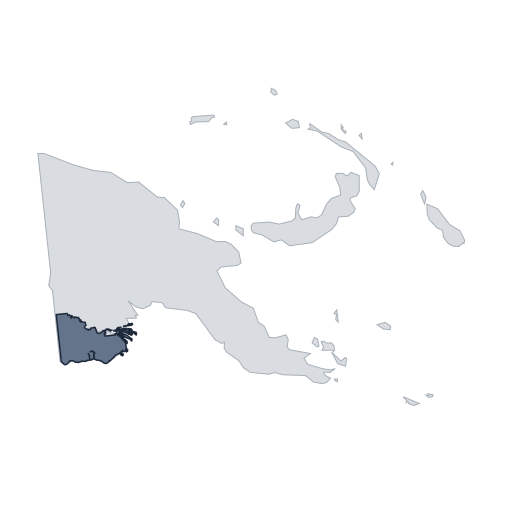 South Fly District, Western, Papua New Guinea (highlighted), rotated 354°
{"feature_id": "67681753B32450151371022", "entity_name": "South Fly District", "entity_type": "district", "adm_level": 2, "iso_a3": "PNG", "parent_name": "Papua New Guinea", "parent_adm1": "Western", "projection": "natural_earth1", "projection_center": [142.961, -8.494], "detail": "fine", "context": "in_parent", "style": "filled", "palette": "slate", "viewbox_px": 512, "rotation_deg": 354, "n_neighbors": 0, "source": "geoboundaries", "source_scale": "gbopen_adm2", "svg_char_len": 9678}
<svg xmlns="http://www.w3.org/2000/svg" viewBox="0 0 512 512"><g transform="rotate(354 256 256)"><path d="M50.1,340.4L50.0,269.2L46.8,263.9L50.0,251.2L49.8,131.2L55.7,131.8L84.2,146.4L103.4,154.0L120.2,157.6L135.7,169.6L147.1,170.2L164.0,187.1L170.9,188.2L182.8,202.3L183.5,213.7L182.2,220.9L200.5,227.8L217.9,237.5L227.4,238.5L232.7,241.9L239.2,250.2L240.4,261.4L236.6,263.4L220.2,263.3L215.6,266.9L222.1,284.4L236.9,300.4L248.0,307.7L251.3,322.2L256.9,326.7L260.5,338.2L266.3,339.4L277.6,337.6L279.3,342.4L277.6,349.6L279.3,352.6L299.9,358.7L293.0,362.5L296.1,369.1L309.6,374.8L317.9,377.0L323.0,376.3L317.1,379.6L311.8,378.6L310.8,379.6L313.0,382.4L317.3,385.4L312.8,389.2L308.3,389.8L299.9,387.3L292.7,380.1L270.1,376.9L262.3,373.8L256.2,374.9L237.9,371.0L231.9,365.9L228.0,358.3L217.2,349.0L214.7,344.5L215.7,338.5L212.8,339.4L206.5,335.0L190.1,306.9L181.6,302.9L160.7,298.0L157.7,292.6L147.9,290.5L145.7,294.1L137.7,296.6L131.0,293.9L124.2,287.1L132.2,302.6L129.4,302.5L130.7,305.0L129.2,305.3L120.4,304.4L123.1,310.8L108.7,314.4L98.0,313.2L92.9,314.7L90.8,314.6L88.0,309.8L84.1,310.7L87.4,310.8L91.5,316.3L100.5,315.5L109.2,319.7L116.5,328.9L116.2,335.3L96.3,347.1L84.8,342.0L67.9,343.4L62.0,341.4L54.4,343.7L50.1,340.4ZM350.8,182.8L354.9,186.0L359.1,182.7L367.0,186.8L365.5,202.3L362.9,206.5L356.1,208.1L355.3,210.4L359.6,219.5L357.8,222.7L351.9,226.1L342.2,225.7L339.6,232.0L334.2,237.5L313.2,248.6L290.5,249.4L283.0,242.6L275.2,243.9L264.6,235.9L255.8,232.6L254.1,229.5L254.3,225.5L256.7,223.1L272.4,223.6L282.4,226.7L295.5,224.8L299.2,222.4L300.6,212.5L302.7,208.4L305.0,210.2L302.2,217.9L305.3,224.8L314.6,222.8L320.6,224.4L325.2,222.3L331.8,211.6L337.0,206.7L346.6,204.2L346.5,196.3L343.1,185.5L344.5,182.3L350.8,182.8ZM465.2,262.2L464.0,265.7L463.3,264.6L458.5,267.8L453.0,266.8L448.1,263.3L444.4,257.0L444.3,250.0L439.0,246.9L432.1,237.9L430.7,232.0L431.3,222.3L441.4,227.9L451.7,244.8L461.5,252.3L465.2,262.2ZM387.2,187.2L380.5,202.6L376.3,196.3L374.7,191.9L374.3,180.1L363.6,162.4L352.5,156.6L330.0,138.2L321.1,135.3L323.3,134.5L323.3,130.0L334.4,139.6L341.3,141.9L350.5,149.3L356.8,151.8L384.0,179.2L387.2,187.2ZM207.6,110.8L228.9,111.4L229.3,113.5L226.5,113.7L222.9,117.4L210.1,116.4L204.5,118.3L204.2,115.6L206.2,114.9L205.9,112.1L207.6,110.8ZM314.3,347.7L318.2,350.3L321.5,350.0L324.0,353.0L324.3,358.0L323.0,359.2L322.0,357.6L311.7,356.6L313.7,353.8L311.8,348.1L314.3,347.7ZM312.5,132.9L305.0,132.8L299.3,126.8L306.7,123.9L312.3,126.7L312.5,132.9ZM329.4,369.4L334.3,366.2L335.4,367.3L333.5,375.0L326.1,371.7L321.1,359.4L329.4,369.4ZM369.3,336.9L377.5,335.5L381.4,338.8L382.6,340.0L381.8,343.3L374.9,341.9L369.3,336.9ZM387.7,411.3L403.0,419.8L397.3,421.2L392.5,418.9L391.9,416.8L390.0,417.5L391.0,416.1L387.7,411.3ZM245.4,234.5L238.7,228.1L239.0,223.8L246.2,227.6L245.4,234.5ZM309.2,352.4L307.2,352.7L302.7,348.2L305.5,343.2L308.5,345.1L309.2,352.4ZM429.1,221.9L426.2,211.5L428.7,208.4L431.3,215.0L429.1,221.9ZM221.9,221.9L217.2,217.8L220.7,214.1L222.7,216.1L221.9,221.9ZM293.9,97.2L291.3,98.0L287.8,94.6L288.8,90.8L292.8,93.3L293.9,97.2ZM190.8,196.4L188.0,200.1L186.1,197.3L189.2,193.2L190.8,196.4ZM330.8,317.9L330.9,330.3L328.7,327.8L329.8,322.7L327.6,321.2L330.8,317.9ZM118.3,321.1L122.9,326.2L111.8,318.0L118.3,321.1ZM122.3,319.9L116.2,317.8L115.0,316.2L122.2,317.0L122.3,319.9ZM417.5,412.5L417.0,414.3L413.0,414.6L410.4,412.1L413.0,412.7L412.5,410.9L417.5,412.5ZM373.6,145.1L373.8,150.8L371.0,146.8L373.6,145.1ZM358.7,142.0L357.5,143.6L354.6,139.6L355.2,138.8L358.7,142.0ZM324.3,386.9L323.9,389.4L321.2,388.1L321.5,386.5L324.3,386.9ZM356.2,137.6L354.1,138.3L354.4,134.4L356.2,137.6ZM240.3,119.5L240.6,122.4L237.6,121.7L240.3,119.5ZM402.0,177.2L401.6,179.8L400.0,178.9L402.0,177.2Z" fill="#d9dde1" stroke="#a8b0b8" stroke-width="1"/><path d="M97.4,315.6L97.7,314.9L97.6,315.0L98.3,314.6L96.2,314.4L93.9,316.1L91.0,316.6L90.1,316.0L89.5,314.8L89.1,312.3L88.6,311.2L88.7,310.7L88.1,310.1L84.9,310.5L83.8,311.1L83.2,312.0L81.6,312.0L81.1,311.9L81.0,311.7L80.7,311.2L79.0,310.5L78.0,309.2L78.6,307.9L79.7,307.1L79.1,304.0L77.1,303.9L76.1,303.1L75.0,303.2L75.2,301.5L74.8,301.2L74.2,302.2L73.9,302.2L73.4,299.2L72.9,298.6L72.1,298.9L71.4,298.3L69.4,297.8L69.4,298.4L69.1,298.6L68.5,297.7L66.3,297.3L65.9,298.0L66.7,298.4L65.6,298.3L65.3,297.6L66.5,297.0L66.7,296.2L66.3,296.1L66.0,296.7L65.6,296.7L64.8,296.2L64.5,295.1L62.5,295.5L62.6,294.4L62.1,293.4L51.2,293.4L51.3,340.8L54.3,344.1L55.8,344.1L57.6,343.2L58.8,342.2L59.7,341.0L60.2,340.8L60.4,341.1L61.9,340.8L63.4,341.2L64.3,341.8L65.1,342.8L67.3,342.9L68.1,343.4L72.1,342.3L74.3,342.9L76.1,342.9L77.2,342.1L78.0,342.3L79.7,341.9L79.9,339.6L79.7,339.1L79.8,337.5L79.0,335.9L78.5,336.0L79.0,335.7L79.9,337.4L79.8,339.0L80.0,339.5L79.9,341.9L80.6,342.3L81.8,341.7L82.4,341.8L83.1,341.6L84.2,340.3L84.2,338.1L84.6,336.6L85.3,335.8L84.9,335.5L84.8,335.0L84.4,334.9L83.7,333.8L82.6,333.8L82.2,333.6L81.2,333.9L81.0,333.3L81.3,333.7L82.2,333.4L82.6,333.7L83.1,333.5L83.8,333.7L84.0,334.2L84.4,334.4L84.5,334.9L84.9,334.8L85.0,335.4L85.5,335.7L85.2,336.3L84.8,336.5L84.5,338.2L84.6,339.7L84.3,341.3L86.6,342.9L87.6,342.9L91.0,344.1L94.0,346.9L96.0,347.2L97.9,346.3L98.9,345.4L98.6,344.4L99.0,345.4L99.6,344.8L100.0,345.0L102.9,342.6L104.2,342.0L104.7,341.0L106.5,339.7L108.8,338.9L110.1,338.7L110.8,337.9L112.8,336.5L112.6,337.0L111.3,337.7L112.3,337.6L113.9,337.0L115.4,337.3L116.1,336.7L116.2,336.4L116.3,336.7L117.4,335.8L117.7,335.2L117.6,334.5L117.4,334.6L117.2,328.8L113.1,322.7L108.8,318.8L107.8,318.6L107.8,319.8L97.8,319.9L97.4,319.6L97.5,318.8L97.2,318.4L97.6,318.0L97.4,317.9L97.8,317.8L97.6,317.3L97.9,317.6L98.1,317.1L98.3,317.1L98.0,316.5L98.1,316.3L97.9,316.3L97.9,316.0L97.4,315.6ZM116.7,319.8L113.6,319.2L112.5,317.7L111.9,317.4L111.2,317.8L113.5,320.1L115.9,321.2L117.4,323.2L121.5,325.2L122.6,326.0L123.1,327.4L123.5,327.3L124.0,326.0L123.7,325.1L122.5,324.4L119.1,321.1L116.7,319.8ZM116.5,316.2L115.3,315.5L114.7,316.3L117.0,318.0L118.1,318.2L119.4,317.8L120.6,318.5L121.3,318.3L121.9,316.4L121.4,315.9L116.5,316.2ZM122.5,318.0L122.0,317.5L121.4,318.4L120.9,318.6L120.2,318.5L119.3,317.8L118.2,318.3L120.8,319.8L121.3,320.6L122.0,320.7L122.3,320.6L122.3,320.2L121.8,320.3L121.7,319.9L120.4,319.4L121.9,320.0L122.4,319.9L122.9,318.9L122.5,318.0ZM124.0,315.4L121.8,314.9L120.7,315.3L122.0,315.9L123.4,317.5L124.1,317.1L124.8,317.0L124.6,316.4L124.5,316.5L124.2,316.5L124.6,316.1L124.0,315.4ZM123.1,310.2L123.3,310.9L123.1,311.9L125.4,311.7L126.1,310.9L125.9,310.3L125.4,310.0L124.2,310.4L123.1,310.2ZM114.1,314.8L110.5,315.0L109.8,315.4L111.4,315.9L113.3,315.9L114.1,315.4L114.1,314.8ZM124.8,320.3L123.7,319.5L123.0,319.8L122.7,320.9L123.1,321.5L123.9,321.7L124.8,321.0L124.8,320.3ZM121.0,311.5L121.1,312.0L122.9,311.9L123.2,310.9L123.0,310.2L122.1,310.1L121.0,311.5ZM116.6,314.2L115.0,314.4L114.5,314.7L116.1,314.6L118.7,315.1L119.6,315.0L119.9,314.6L119.6,314.3L116.6,314.2ZM127.0,318.6L126.2,318.3L125.9,319.3L126.9,320.3L127.3,320.2L127.1,320.5L127.4,320.7L127.9,320.3L128.0,319.6L127.7,319.0L127.0,318.5L126.8,318.4L127.0,318.6ZM118.2,337.3L118.6,335.9L118.2,335.4L116.9,336.3L116.5,337.1L117.2,337.7L117.6,337.0L118.2,337.3ZM99.4,313.2L101.0,314.0L101.0,313.6L102.2,314.8L103.2,314.6L102.5,313.7L101.0,313.7L100.0,313.0L99.4,313.2ZM113.6,339.6L112.9,339.6L111.7,340.3L111.6,340.7L112.7,341.2L113.1,341.2L113.7,340.3L113.6,339.6ZM109.7,313.8L114.0,313.0L114.6,312.7L111.1,312.8L109.7,313.8ZM117.9,326.9L118.3,329.4L118.5,329.5L118.8,329.0L118.8,327.6L118.6,327.1L117.9,326.9ZM115.1,323.1L115.3,322.9L115.0,322.1L113.2,321.0L114.4,322.9L115.1,323.1ZM128.9,320.6L128.8,320.1L128.6,320.2L128.1,321.2L128.2,320.3L127.8,320.8L127.7,320.6L127.6,321.0L128.5,321.9L129.0,321.3L129.0,320.3L128.9,320.6ZM111.8,339.9L112.7,339.1L111.8,338.5L111.3,338.9L111.1,339.3L111.2,339.7L111.8,339.9ZM114.1,318.6L114.4,318.4L113.8,317.5L113.1,317.2L112.8,317.3L113.4,318.4L114.1,318.6ZM124.2,318.2L125.1,317.7L124.8,317.1L124.2,317.1L123.6,317.6L124.2,318.2ZM108.0,315.5L109.4,315.2L110.0,314.7L109.4,314.6L107.6,315.4L108.0,315.5ZM117.2,312.2L120.3,312.0L120.7,311.9L120.9,311.8L121.0,311.6L117.3,311.8L117.2,312.2ZM123.2,318.4L123.1,317.6L122.0,316.5L121.9,317.3L123.2,318.4ZM117.2,325.5L115.9,325.2L116.1,325.6L117.9,326.6L117.2,325.5ZM113.0,321.6L111.1,319.4L110.9,319.4L110.9,320.0L113.0,321.6ZM117.1,327.2L117.3,326.8L115.7,325.9L116.6,327.0L117.1,327.2ZM81.2,311.8L82.2,311.7L81.8,311.4L80.9,311.2L81.2,311.8ZM117.0,315.2L116.2,315.2L116.0,315.3L116.8,315.8L117.2,315.7L117.0,315.2ZM110.8,319.9L110.8,319.3L110.0,318.9L110.2,319.5L110.8,319.9ZM111.2,314.3L112.8,314.2L112.3,314.0L111.2,314.3ZM115.7,323.9L115.6,323.1L115.1,323.3L115.5,323.8L115.7,323.9ZM103.5,315.5L104.2,315.4L103.2,315.2L103.5,315.5ZM118.0,315.7L117.9,315.3L117.2,315.2L117.3,315.7L118.0,315.7ZM103.3,314.7L104.1,314.7L103.0,314.0L103.3,314.7ZM109.1,317.0L109.6,316.6L109.0,316.6L109.1,317.0ZM114.6,316.0L114.7,315.6L114.6,315.4L114.3,315.7L114.6,316.0ZM114.7,318.2L114.5,317.7L114.2,317.7L114.4,318.1L114.7,318.2ZM113.1,320.7L112.3,320.0L112.5,320.4L113.1,320.7ZM82.9,311.7L83.4,311.6L83.5,311.4L82.9,311.7ZM114.1,318.9L114.8,318.9L114.1,318.8L114.1,318.9ZM125.7,318.7L125.5,318.3L125.2,318.6L125.7,318.7ZM107.2,315.6L107.1,315.9L107.5,315.8L107.5,315.7L107.2,315.6ZM115.8,315.1L115.6,314.8L115.4,314.8L115.4,315.0L115.8,315.1ZM113.5,321.0L114.1,321.2L113.4,320.9L113.5,321.0ZM118.3,315.7L118.3,315.4L118.0,315.4L118.1,315.5L118.3,315.7ZM84.4,310.4L84.8,310.1L84.4,310.3L84.4,310.4ZM109.1,317.6L109.4,317.6L109.1,317.6ZM111.0,317.6L111.2,317.4L111.0,317.5L111.0,317.6ZM82.3,311.9L82.5,311.7L82.2,311.8L82.3,311.9ZM98.4,314.6L98.0,314.8L97.9,314.9L98.1,314.8L98.4,314.6Z" fill="#64748b" stroke="#1e293b" stroke-width="1.5"/></g></svg>